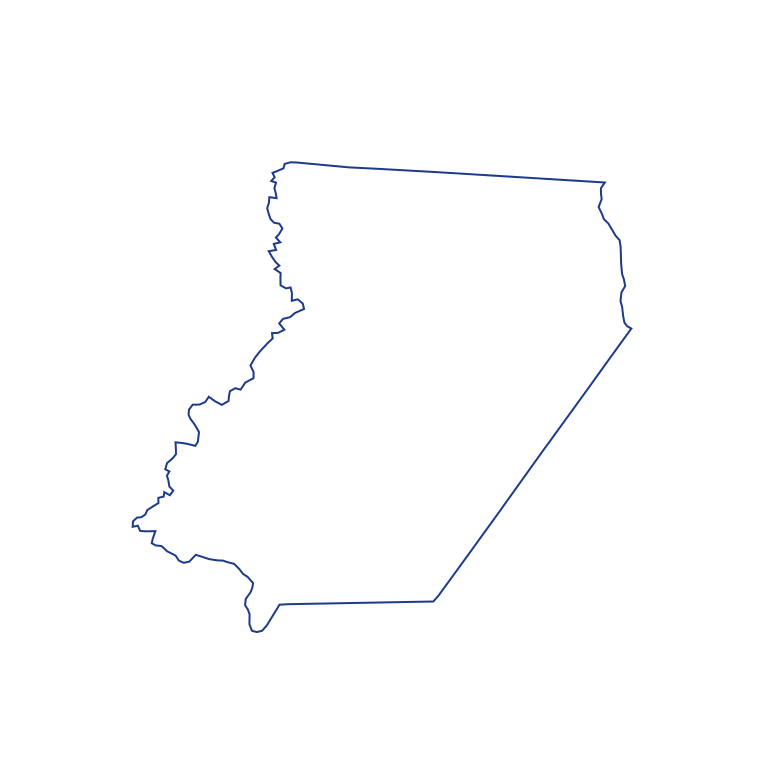 the district of Presidente Sarney, Maranhão, Brazil, rotated 27°
{"feature_id": "56859067B79345146659872", "entity_name": "Presidente Sarney", "entity_type": "district", "adm_level": 2, "iso_a3": "BRA", "parent_name": "Brazil", "parent_adm1": "Maranhão", "projection": "mercator", "projection_center": [-45.415, -2.592], "detail": "fine", "context": "isolated", "style": "outline", "palette": "blue", "viewbox_px": 768, "rotation_deg": 27, "n_neighbors": 0, "source": "geoboundaries", "source_scale": "gbopen_adm2", "svg_char_len": 2241}
<svg xmlns="http://www.w3.org/2000/svg" viewBox="0 0 768 768"><g transform="rotate(27 384 384)"><path d="M398.2,623.9L526.7,555.4L528.6,548.0L534.9,508.6L545.0,443.9L546.4,434.3L556.4,368.1L557.4,362.2L567.6,297.2L573.4,259.2L576.6,238.7L579.2,222.3L574.4,222.1L570.3,220.1L566.4,215.1L561.0,207.0L557.1,202.8L554.0,194.7L554.4,187.2L550.3,181.9L546.2,177.9L540.8,169.4L532.5,154.2L528.6,148.9L523.0,146.7L511.0,139.1L505.2,137.4L501.3,133.8L494.9,128.9L494.0,120.4L491.1,116.2L488.4,111.1L489.3,104.2L335.0,171.2L282.1,194.5L254.4,206.9L205.1,226.5L200.1,228.9L195.6,232.9L196.5,237.5L192.7,242.1L188.8,246.5L192.7,249.4L191.4,254.3L196.4,253.6L197.5,259.4L201.2,263.4L203.9,267.2L197.0,269.6L199.2,274.8L200.1,280.4L204.4,285.1L208.2,288.7L212.9,290.2L218.0,288.7L222.9,291.6L222.4,298.2L221.2,302.6L227.3,304.8L222.2,309.2L227.0,313.6L221.0,318.0L227.0,321.9L232.6,324.8L237.0,326.0L234.4,331.2L241.5,332.1L243.7,336.8L247.0,343.0L253.3,343.3L256.9,340.4L260.7,344.8L264.1,351.7L268.7,347.7L275.1,349.2L278.7,353.4L272.4,361.2L270.0,367.0L264.4,371.9L263.1,377.6L270.6,380.9L266.3,386.6L261.1,389.5L264.1,393.9L261.9,399.9L260.5,404.9L258.5,411.9L257.1,419.2L256.6,428.1L262.4,432.6L265.1,438.0L259.7,445.8L258.8,454.1L253.4,455.3L250.0,460.3L251.4,465.3L253.2,469.7L249.0,476.2L241.2,476.1L233.7,474.9L232.9,481.2L229.0,486.1L222.9,489.3L221.9,495.4L223.9,500.2L227.5,503.0L233.4,505.9L241.0,510.8L244.4,520.1L243.9,524.8L235.6,526.7L230.7,528.3L224.7,530.6L228.1,536.4L230.5,541.0L229.5,545.9L226.6,553.0L227.8,559.3L232.5,559.4L232.2,564.2L235.6,567.8L239.3,572.8L244.6,574.7L243.7,580.3L237.3,580.1L238.8,584.3L234.6,587.9L237.1,592.5L233.9,597.6L230.3,603.8L230.6,608.6L228.3,612.8L224.6,615.2L222.7,620.3L224.9,625.3L229.0,622.0L233.4,625.6L238.5,623.5L247.1,618.9L248.2,626.9L249.3,631.3L253.8,631.5L259.4,629.4L266.7,631.5L276.1,631.5L281.5,634.5L286.8,634.2L291.2,630.6L293.8,621.7L298.8,620.8L307.7,619.4L315.3,616.9L320.6,614.5L325.3,613.8L332.1,612.3L338.9,614.5L344.5,617.2L350.1,617.8L357.7,620.8L359.2,625.3L359.6,630.4L358.4,638.4L360.7,644.2L365.1,646.8L368.7,650.1L370.7,654.1L373.1,659.1L378.3,663.8L383.3,662.8L387.5,659.1L389.2,652.1L391.1,628.1L398.2,623.9Z" fill="none" stroke="#1e3a8a" stroke-width="2"/></g></svg>